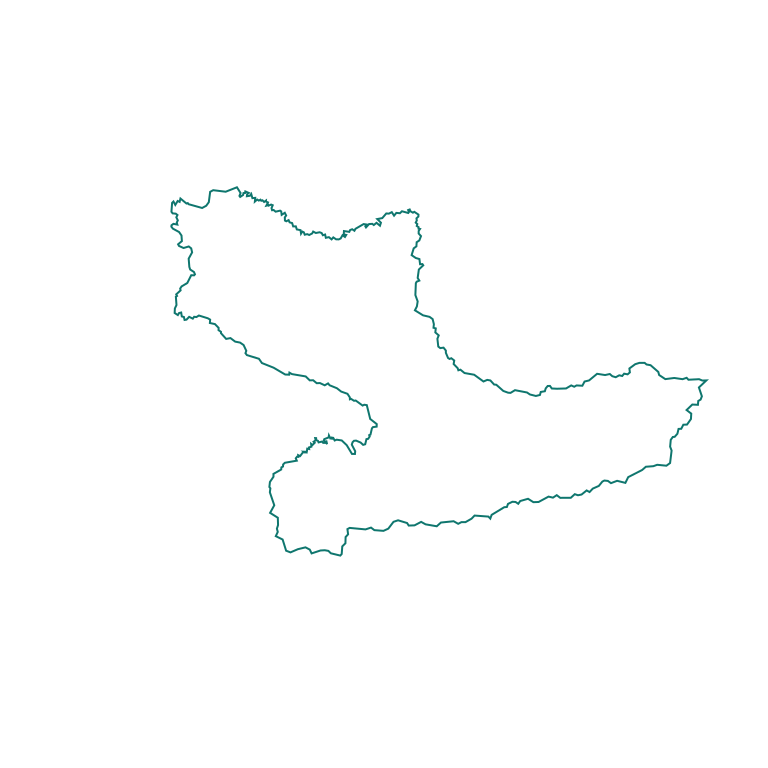 the district of Wang Chin, Phrae, Thailand, rotated 216°
{"feature_id": "78962969B75821341388789", "entity_name": "Wang Chin", "entity_type": "district", "adm_level": 2, "iso_a3": "THA", "parent_name": "Thailand", "parent_adm1": "Phrae", "projection": "mercator", "projection_center": [99.714, 17.875], "detail": "fine", "context": "isolated", "style": "outline", "palette": "teal", "viewbox_px": 768, "rotation_deg": 216, "n_neighbors": 0, "source": "geoboundaries", "source_scale": "gbopen_adm2", "svg_char_len": 6166}
<svg xmlns="http://www.w3.org/2000/svg" viewBox="0 0 768 768"><g transform="rotate(216 384 384)"><path d="M603.7,332.3L598.3,325.9L597.6,322.2L595.1,318.4L591.3,318.6L591.5,321.0L590.1,322.6L587.3,319.8L585.3,320.6L583.0,318.6L581.6,320.0L581.1,323.8L577.1,324.5L577.1,326.8L575.1,327.9L574.0,330.6L565.2,333.6L562.5,333.9L560.7,331.0L556.0,333.1L550.8,332.2L549.5,330.3L546.6,330.4L545.8,329.3L538.2,327.7L535.2,330.9L529.3,330.8L524.8,332.9L520.5,333.0L514.9,329.9L514.2,327.5L511.9,326.8L500.0,330.9L495.1,329.2L482.9,332.3L469.5,333.6L466.2,335.8L467.2,337.6L464.3,337.9L451.8,344.1L446.2,343.3L443.5,345.4L438.9,345.1L436.4,347.1L431.2,348.1L429.6,351.6L427.3,351.0L419.6,352.9L414.2,352.7L407.8,354.6L403.8,353.1L402.6,351.6L401.9,352.6L398.4,352.8L397.2,354.0L388.6,354.0L387.8,355.6L385.5,356.8L374.6,347.6L366.3,347.3L364.9,345.2L367.6,342.6L367.7,341.0L365.2,335.1L365.9,333.9L364.7,333.1L364.6,330.3L365.8,329.1L363.8,324.2L365.1,322.5L368.5,322.9L373.3,321.8L374.9,320.4L375.2,318.4L374.4,316.0L367.8,312.7L366.4,310.3L368.8,308.6L378.2,312.6L385.0,313.5L389.6,311.1L390.7,309.3L393.4,310.6L394.4,310.1L393.0,309.0L394.7,309.4L395.4,308.4L398.3,310.0L397.4,308.2L399.9,304.3L399.5,303.0L398.2,302.6L396.9,303.8L394.7,301.9L396.2,302.4L398.7,300.6L400.3,301.0L402.6,298.3L404.1,299.2L405.8,298.7L407.1,300.3L407.9,299.8L406.2,298.3L407.0,295.9L405.5,295.7L406.0,292.6L407.7,292.7L405.9,290.6L407.4,288.6L406.3,287.4L408.1,286.6L406.6,283.8L409.1,282.1L407.9,282.1L409.4,281.1L409.5,276.4L411.6,276.0L410.5,274.7L411.6,274.1L411.7,272.0L409.5,270.7L417.9,262.0L418.3,259.6L417.2,257.9L418.0,256.2L416.9,254.4L420.6,246.3L418.9,244.0L418.7,237.7L416.2,233.3L414.6,232.8L412.7,229.3L401.5,221.4L400.4,212.8L391.3,213.4L386.8,207.6L385.6,204.0L383.0,201.9L382.1,197.3L374.6,198.6L365.2,191.6L360.7,192.8L356.6,199.7L351.5,205.7L346.7,206.4L343.0,204.4L337.5,212.0L334.2,214.7L330.9,216.3L327.5,215.8L318.5,219.5L318.3,221.6L322.3,228.1L321.6,232.5L325.1,237.6L324.7,241.3L328.3,245.1L327.2,247.4L313.5,255.5L310.1,260.2L305.9,260.1L298.1,264.9L295.5,269.5L295.3,278.1L292.5,282.0L283.6,285.1L280.8,284.0L276.2,287.6L272.9,294.3L267.9,294.9L257.7,299.9L256.5,305.4L247.0,313.9L241.8,314.5L240.2,317.7L236.9,320.1L234.0,326.5L233.4,330.8L221.6,338.1L218.9,337.6L220.0,341.4L214.3,355.0L212.3,356.7L213.2,359.9L210.9,364.2L208.2,365.9L205.0,366.0L205.0,369.4L200.0,375.8L193.7,376.2L189.6,379.4L184.7,389.6L180.5,391.4L178.9,395.6L174.5,395.5L166.0,401.7L164.9,407.0L161.7,408.0L159.2,410.7L157.5,417.0L154.2,417.4L153.6,422.1L150.3,427.8L150.0,433.4L149.0,435.4L145.9,437.2L142.1,437.2L138.5,442.7L130.6,445.9L131.7,452.2L124.6,466.2L123.5,471.0L117.8,475.8L115.5,479.2L107.5,483.9L106.1,488.2L112.2,499.2L115.7,501.5L119.2,507.4L119.2,510.9L117.8,512.1L117.4,516.2L119.3,520.8L117.2,522.5L117.9,527.0L115.0,529.3L115.1,536.1L118.0,540.6L123.9,540.8L122.5,548.6L117.8,551.7L119.8,555.0L118.7,557.5L119.6,560.9L127.2,566.3L125.3,576.4L128.5,573.9L131.9,573.1L140.2,566.4L142.8,566.9L145.3,563.4L152.7,559.5L159.3,553.3L166.7,553.0L169.2,555.0L179.4,555.9L183.1,554.1L185.6,554.3L189.8,551.2L192.4,547.7L194.6,540.8L191.9,537.9L192.6,535.0L195.8,533.5L196.0,530.5L198.8,529.3L200.5,525.7L203.9,524.5L207.2,524.8L210.4,521.2L217.6,517.5L220.2,507.4L223.2,503.9L222.5,499.2L227.4,496.0L228.5,493.6L231.7,492.9L234.1,487.4L241.2,481.9L245.6,479.0L248.6,480.0L250.4,478.6L250.6,475.5L249.6,472.7L252.5,469.7L251.4,466.8L254.1,463.6L259.8,461.3L263.3,461.2L274.4,456.0L276.4,451.2L278.5,449.9L283.4,448.5L292.7,449.4L294.6,448.3L300.0,449.4L302.9,448.0L305.0,444.5L316.5,444.5L325.3,440.2L330.6,440.5L331.9,438.8L333.7,440.1L339.4,441.1L341.0,444.3L344.7,444.4L345.7,442.8L347.5,442.7L352.3,445.6L353.6,447.4L357.2,448.4L359.6,446.1L362.1,446.2L367.4,452.0L368.3,455.5L372.8,455.9L374.8,459.4L377.0,458.6L378.8,461.7L382.8,465.1L386.6,465.1L392.8,462.5L402.3,461.8L403.0,466.1L405.3,470.6L410.9,474.4L417.5,484.3L417.7,486.0L416.2,488.4L419.1,489.6L423.1,497.1L422.0,503.1L423.4,503.6L425.2,502.1L428.8,505.9L432.4,504.6L437.4,504.5L439.7,511.2L438.7,514.4L440.9,517.9L439.8,520.9L441.0,525.4L444.4,526.1L445.9,528.2L446.0,530.6L447.4,530.0L448.2,531.2L450.4,531.1L451.1,533.0L453.2,533.2L453.6,535.6L455.1,537.1L454.6,539.7L455.7,541.3L460.7,541.1L461.3,539.6L464.1,539.3L465.8,540.3L466.7,538.9L464.9,537.8L464.9,536.6L471.0,534.3L471.5,531.5L474.6,529.7L474.8,526.1L478.7,527.6L480.2,524.7L482.4,523.3L482.9,517.2L486.4,513.5L481.3,512.7L480.3,509.7L484.8,510.0L485.7,506.6L487.6,506.7L490.1,504.6L490.6,500.1L491.8,500.6L492.0,502.7L494.5,501.4L498.3,492.8L498.0,490.6L500.7,490.5L501.9,488.7L501.5,486.7L506.3,484.2L504.5,481.4L502.2,482.4L502.0,480.0L505.0,480.0L504.6,476.3L505.6,474.4L507.8,472.9L511.2,472.8L511.4,470.2L514.9,470.4L517.0,468.1L519.5,470.3L520.9,468.4L523.2,469.5L525.3,468.9L527.9,466.1L530.9,465.7L530.6,463.6L532.1,460.6L534.2,460.1L535.9,458.2L538.0,459.6L539.7,459.3L539.5,456.9L542.0,459.4L545.4,457.8L548.0,459.7L550.1,458.1L552.9,460.2L555.4,459.3L557.5,460.5L558.7,458.2L560.2,458.0L562.2,460.5L562.2,462.8L564.9,464.2L566.2,460.7L568.6,463.2L569.9,463.2L573.0,459.7L575.6,459.9L576.7,458.8L578.4,460.2L579.1,463.2L580.8,462.8L582.2,460.5L583.6,461.2L583.1,460.2L584.0,459.1L584.6,462.7L586.8,462.2L587.3,463.0L588.0,460.8L590.3,461.2L591.0,460.1L592.3,460.5L593.1,458.8L595.0,458.7L595.7,455.7L597.6,458.9L599.7,457.0L603.1,459.7L603.1,457.5L605.3,455.3L606.3,457.1L605.7,459.1L609.4,458.3L608.7,456.9L609.9,455.9L609.1,454.1L610.3,450.8L611.5,451.2L612.3,454.2L618.6,456.7L625.1,446.5L636.1,440.4L637.6,437.3L632.6,428.1L632.6,423.7L634.6,419.5L647.8,414.6L649.1,415.0L649.9,413.9L657.7,414.4L656.4,411.2L658.5,410.8L658.1,406.2L661.6,407.9L661.9,406.0L657.2,398.4L655.3,397.8L652.6,399.4L650.4,399.3L650.0,396.8L647.0,395.2L646.5,392.7L644.9,391.5L648.5,389.8L649.2,387.5L648.5,386.3L646.1,385.6L639.1,386.5L635.1,385.1L631.5,380.8L632.7,376.0L631.0,375.2L626.1,376.2L622.8,380.5L619.7,380.4L616.6,377.7L615.7,370.6L610.3,364.3L608.1,362.7L603.6,362.9L601.4,361.6L601.5,360.3L603.9,358.7L602.5,350.1L605.1,344.0L605.0,341.4L603.6,340.2L604.8,334.4L603.2,333.6L603.7,332.3Z" fill="none" stroke="#0f766e" stroke-width="2"/></g></svg>